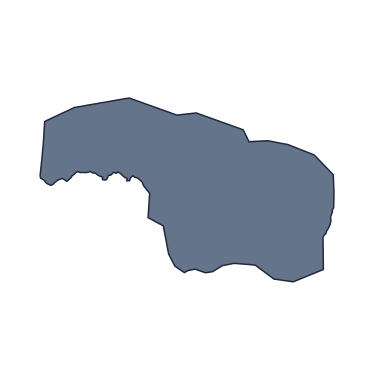 Curral Novo do Piauí, Piauí, Brazil (Robinson projection), rotated 162°
{"feature_id": "56859067B3641646794779", "entity_name": "Curral Novo do Piauí", "entity_type": "district", "adm_level": 2, "iso_a3": "BRA", "parent_name": "Brazil", "parent_adm1": "Piauí", "projection": "robinson", "projection_center": [-40.704, -7.883], "detail": "fine", "context": "isolated", "style": "filled", "palette": "slate", "viewbox_px": 384, "rotation_deg": 162, "n_neighbors": 0, "source": "geoboundaries", "source_scale": "gbopen_adm2", "svg_char_len": 1470}
<svg xmlns="http://www.w3.org/2000/svg" viewBox="0 0 384 384"><g transform="rotate(162 192 192)"><path d="M310.3,304.6L319.3,281.9L320.5,279.3L324.9,269.0L328.0,262.2L331.5,254.3L331.7,251.9L329.2,249.2L328.0,245.9L326.6,244.1L324.3,242.0L322.0,242.2L319.7,243.4L316.4,244.6L313.3,245.0L310.8,244.7L309.3,242.9L307.8,240.8L305.5,241.7L302.7,243.0L301.1,244.4L298.6,245.2L296.5,246.4L294.1,246.7L292.4,245.0L290.3,244.5L287.4,243.4L284.7,242.9L282.2,243.0L280.7,240.8L278.0,239.8L276.5,237.3L274.6,235.4L272.4,233.6L273.3,231.5L271.6,230.4L269.5,230.2L267.8,231.7L266.5,233.5L264.0,233.2L260.6,234.9L258.1,233.2L256.3,234.0L254.2,231.6L252.4,228.0L251.0,226.2L249.4,224.9L250.7,222.8L247.9,222.0L245.9,224.6L243.1,225.8L241.9,223.6L239.9,222.6L238.7,220.8L237.1,218.5L236.3,216.3L236.2,213.3L235.1,210.2L233.9,206.9L232.7,203.7L241.7,181.2L236.2,175.4L232.6,171.6L229.8,168.8L231.2,157.5L233.4,140.2L231.2,126.8L224.2,117.7L219.9,118.5L212.9,117.7L208.9,114.6L204.1,111.0L197.1,109.9L192.5,111.0L185.8,112.6L181.9,112.1L173.9,111.1L157.1,104.1L154.4,102.8L141.0,83.9L123.5,75.3L91.0,77.7L81.4,108.5L79.6,110.2L77.6,111.0L76.0,113.3L73.6,115.3L70.7,118.4L68.6,122.1L68.0,125.4L66.3,127.6L64.7,129.6L63.9,131.7L62.1,133.3L57.0,148.1L52.3,164.7L64.3,189.4L86.1,207.5L94.3,211.9L103.9,217.3L122.2,222.2L124.1,235.3L163.6,265.9L182.6,269.8L210.2,291.1L222.5,300.7L226.6,301.4L277.6,308.7L300.6,305.9L310.3,304.6Z" fill="#64748b" stroke="#1e293b" stroke-width="1.5"/></g></svg>